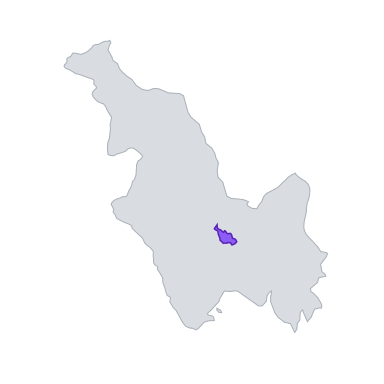 Maengsan, P'yŏngan-namdo, North Korea shown in context, rotated 280°
{"feature_id": "82179303B43316794404011", "entity_name": "Maengsan", "entity_type": "district", "adm_level": 2, "iso_a3": "PRK", "parent_name": "North Korea", "parent_adm1": "P'yŏngan-namdo", "projection": "mercator", "projection_center": [126.637, 39.682], "detail": "fine", "context": "in_parent", "style": "filled", "palette": "violet", "viewbox_px": 384, "rotation_deg": 280, "n_neighbors": 0, "source": "geoboundaries", "source_scale": "gbopen_adm2", "svg_char_len": 4352}
<svg xmlns="http://www.w3.org/2000/svg" viewBox="0 0 384 384"><g transform="rotate(280 192 192)"><path d="M228.5,290.7L227.0,291.6L224.4,296.2L222.1,302.0L219.7,305.1L217.1,306.8L214.2,307.9L208.5,308.3L203.4,307.9L201.7,307.3L194.6,307.6L192.6,308.1L182.5,307.6L177.2,308.1L173.8,309.2L170.3,311.6L167.4,315.1L164.8,318.8L159.5,325.7L155.7,329.1L155.7,333.9L155.6,335.3L154.3,336.4L153.9,335.9L151.7,335.6L143.1,331.2L136.0,333.8L134.2,337.3L132.3,338.5L129.5,331.6L124.8,331.4L117.5,325.4L114.3,326.6L113.5,329.0L109.5,334.6L103.8,339.1L102.0,339.8L99.9,339.4L100.2,338.2L97.9,333.0L89.0,331.0L85.8,328.8L84.2,328.3L92.9,322.5L95.2,321.5L93.5,320.2L91.6,319.5L84.5,320.4L80.7,318.5L75.3,319.1L71.5,317.6L79.3,311.9L79.7,308.6L79.6,306.1L83.6,298.5L87.6,294.4L97.9,288.4L102.4,287.6L105.7,287.8L108.3,287.3L105.5,285.0L102.8,284.0L97.4,284.2L91.9,280.8L91.4,277.2L102.2,254.3L102.3,252.2L100.6,246.6L100.1,241.1L92.4,238.0L89.0,237.6L79.1,231.4L75.1,228.3L73.6,229.3L73.3,234.2L71.9,235.3L69.3,236.3L68.0,230.6L65.8,226.5L59.3,222.4L56.9,220.1L58.1,215.1L57.5,214.7L58.6,209.1L62.6,204.8L72.4,197.1L75.0,193.5L80.0,189.2L82.2,189.3L84.6,189.0L85.3,187.1L85.8,185.6L87.8,184.3L92.6,182.0L98.1,178.9L102.5,178.0L107.8,173.4L110.0,171.3L112.2,171.3L112.8,170.4L114.0,167.9L115.7,166.4L118.1,166.1L122.0,164.9L126.8,164.2L130.2,160.3L131.3,157.5L133.5,154.4L138.1,151.1L141.3,146.1L144.9,140.7L146.5,138.9L148.2,138.6L149.2,136.5L150.3,130.8L152.0,125.1L152.9,122.5L157.0,119.6L158.1,118.2L159.0,117.7L160.9,118.1L163.4,116.4L165.8,114.5L168.0,115.1L170.2,116.7L172.5,119.8L173.6,122.3L175.4,124.4L175.8,127.4L177.6,128.7L181.5,129.4L187.8,131.4L192.0,131.5L194.3,133.1L199.2,133.9L209.1,132.7L213.1,133.4L214.8,135.3L217.3,136.8L218.9,136.9L221.1,134.3L223.4,130.1L224.9,126.9L224.9,124.4L223.5,121.7L220.3,119.1L218.2,115.2L216.1,111.1L214.9,109.8L213.9,107.8L213.8,104.7L214.5,102.7L219.4,101.3L225.7,100.5L230.8,101.3L239.3,100.8L244.5,99.6L248.3,99.8L251.9,99.8L253.5,98.0L258.5,93.8L260.9,92.3L263.5,89.4L263.9,86.4L264.4,84.0L265.9,81.4L268.5,78.2L270.7,76.7L273.2,76.9L275.8,78.3L277.5,79.8L279.3,79.4L280.9,76.9L281.9,76.4L284.9,76.2L285.8,74.6L287.0,67.2L288.1,61.3L288.4,57.1L291.0,50.3L291.9,46.2L293.4,44.2L295.3,44.4L296.8,45.6L298.7,46.3L301.3,45.6L303.1,46.7L304.2,48.9L308.0,50.4L308.4,51.6L308.3,59.0L310.4,62.5L313.2,65.6L317.0,68.4L319.0,69.1L320.2,71.1L321.4,74.6L324.1,78.0L325.5,80.5L325.8,83.1L327.1,84.6L324.9,86.2L322.0,85.2L317.3,84.6L311.2,89.6L307.8,91.4L305.4,96.4L300.7,99.3L298.1,102.5L294.7,107.9L292.5,113.1L287.4,118.4L284.4,125.1L284.2,130.8L287.5,136.7L287.8,141.7L285.5,151.9L286.8,162.7L285.4,166.9L269.7,174.3L265.6,177.9L259.8,187.5L252.8,191.0L248.5,194.9L242.4,197.2L238.6,203.9L234.3,207.6L229.3,209.9L225.5,212.9L217.1,213.1L211.1,215.1L206.9,220.7L194.1,227.0L192.4,231.8L193.2,239.1L193.3,244.8L192.2,249.4L189.4,248.1L187.9,249.6L186.3,253.9L186.7,258.7L191.1,260.3L194.7,262.3L199.7,263.3L203.4,265.5L211.3,275.7L217.8,280.2L219.5,281.8L223.2,284.1L226.6,287.6L228.5,290.7ZM80.7,240.6L78.3,242.2L78.1,239.4L80.0,237.0L81.9,236.7L80.7,240.6Z" fill="#d9dde1" stroke="#a8b0b8" stroke-width="1"/><path d="M149.9,227.8L149.4,228.0L148.8,228.9L148.4,229.6L148.0,230.2L147.4,231.1L146.9,231.7L147.1,232.1L147.3,232.5L147.3,233.1L147.5,233.8L147.5,234.5L147.7,235.0L147.9,235.6L148.5,236.0L148.5,236.8L148.5,237.4L148.6,238.0L148.7,238.4L148.6,239.0L147.8,239.5L146.9,240.2L146.9,240.6L147.2,241.4L147.7,242.0L148.0,242.4L148.4,243.2L149.0,243.5L149.5,243.8L149.9,244.2L150.2,244.4L150.7,244.7L152.7,243.3L153.2,242.3L153.3,241.6L153.4,241.0L153.3,240.1L153.3,239.9L154.3,239.6L155.4,239.0L156.3,238.7L156.5,238.5L157.6,237.6L157.8,237.3L157.9,236.9L157.8,236.6L157.7,236.0L157.2,234.8L157.2,234.5L157.2,234.2L157.2,233.9L157.4,233.6L157.6,233.3L158.2,232.9L159.2,231.8L159.4,231.5L159.5,231.2L159.6,230.9L159.3,230.6L158.3,230.5L158.1,230.4L157.8,230.1L157.9,229.7L158.3,228.9L158.7,228.2L159.3,227.4L159.5,227.0L159.6,226.8L160.1,224.6L160.4,224.0L160.6,223.8L161.2,223.3L161.5,223.1L162.9,222.7L163.2,222.6L164.1,222.4L162.8,221.8L161.5,221.2L160.7,220.7L160.0,220.4L159.3,220.7L159.0,221.4L158.9,221.7L158.7,222.2L158.4,222.9L158.4,223.5L157.9,224.3L156.9,224.6L155.5,225.0L154.3,225.6L153.4,226.2L152.3,226.8L151.7,227.4L150.8,227.7L149.9,227.8Z" fill="#8b5cf6" stroke="#5b21b6" stroke-width="1.5"/></g></svg>